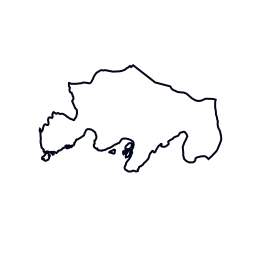 Chaves, Pará, Brazil, rotated 147°
{"feature_id": "56859067B61286453634561", "entity_name": "Chaves", "entity_type": "district", "adm_level": 2, "iso_a3": "BRA", "parent_name": "Brazil", "parent_adm1": "Pará", "projection": "albers", "projection_center": [-49.534, 0.015], "detail": "fine", "context": "isolated", "style": "outline", "palette": "ink", "viewbox_px": 256, "rotation_deg": 147, "n_neighbors": 0, "source": "geoboundaries", "source_scale": "gbopen_adm2", "svg_char_len": 5945}
<svg xmlns="http://www.w3.org/2000/svg" viewBox="0 0 256 256"><g transform="rotate(147 128 128)"><path d="M89.5,177.8L90.7,177.5L92.2,177.4L92.2,178.6L92.3,178.8L92.7,179.0L94.4,178.7L96.2,178.8L97.2,178.8L98.1,178.6L99.1,178.6L101.8,179.2L104.1,180.1L109.5,183.2L110.5,184.0L115.7,189.0L117.4,189.7L118.9,191.1L120.1,191.4L121.6,191.3L123.5,191.5L124.9,191.3L128.1,190.0L131.2,187.9L132.4,187.4L133.4,186.7L134.3,186.4L135.3,186.3L136.1,186.6L137.2,187.5L137.7,188.1L140.2,190.1L141.1,190.6L142.5,190.9L143.5,191.3L144.7,192.0L146.9,193.0L151.7,196.1L152.6,197.7L152.9,197.9L154.0,196.6L154.1,196.3L154.8,195.2L154.7,193.5L155.0,193.1L156.1,192.2L156.8,190.9L157.0,189.8L156.1,188.1L156.5,187.6L156.4,186.2L156.6,185.9L157.0,184.7L157.0,183.8L157.2,183.5L157.6,182.5L158.4,181.8L160.2,181.0L161.5,173.3L161.1,171.8L161.1,171.2L161.5,170.2L162.7,168.2L165.3,165.6L167.3,164.9L168.6,164.1L169.0,164.1L169.4,164.4L170.2,165.7L171.6,167.5L172.3,169.4L173.0,170.6L173.3,172.1L174.5,174.6L175.2,175.7L175.5,175.9L177.3,176.6L178.3,178.4L178.6,178.7L179.8,179.0L180.2,178.9L180.5,179.1L180.8,179.8L181.6,181.2L181.7,181.8L182.1,181.8L183.3,181.2L183.9,180.7L185.4,178.2L186.0,177.8L186.5,178.0L187.2,179.0L188.2,179.7L188.9,179.8L189.8,179.3L190.8,178.1L192.1,175.0L193.1,174.2L193.5,174.1L194.2,174.5L194.6,175.1L194.9,175.7L195.4,176.2L196.6,176.2L198.2,175.2L200.9,172.7L201.7,172.2L202.5,172.0L202.8,172.1L203.0,172.4L202.8,173.8L202.2,174.7L202.3,175.2L203.0,174.6L203.5,174.0L204.2,171.3L205.7,168.9L207.0,166.4L207.9,165.4L208.9,163.9L209.6,162.4L209.9,161.3L210.4,160.6L210.5,159.9L210.9,159.4L211.1,158.3L210.5,155.8L210.6,155.4L211.4,154.7L211.2,154.1L211.5,153.1L208.7,152.5L207.9,151.9L207.3,150.9L206.6,150.4L205.6,149.9L203.8,148.7L203.2,148.5L201.9,146.8L201.9,146.1L201.6,145.9L199.7,146.4L199.3,146.5L199.1,146.8L198.6,146.8L197.7,146.4L196.5,146.1L195.3,146.1L194.0,146.6L193.4,146.3L193.0,146.3L192.7,146.5L191.4,146.0L190.2,146.6L190.1,147.1L189.7,147.1L189.0,146.8L187.9,145.9L186.9,145.6L186.7,144.8L186.4,144.7L186.2,144.4L186.2,143.2L186.0,142.8L185.7,142.8L185.1,143.0L184.9,143.8L184.5,143.8L183.0,143.0L182.6,143.2L181.8,143.7L181.7,144.1L181.1,144.8L180.7,144.6L180.4,144.8L177.8,146.1L177.7,146.4L177.3,146.4L176.9,146.0L176.0,145.8L170.5,145.7L169.9,145.9L169.4,145.7L168.7,146.0L167.3,147.2L164.1,149.1L162.6,149.1L161.2,148.2L159.8,146.9L159.2,145.8L158.7,144.6L158.0,142.5L158.1,141.5L158.7,139.6L158.8,138.6L160.2,136.6L162.1,135.6L162.6,135.4L163.0,135.6L163.4,135.2L163.7,134.4L164.2,133.8L164.5,133.0L165.6,132.7L166.4,131.8L166.7,130.5L166.2,128.6L165.9,128.1L165.1,127.7L164.9,127.2L165.4,126.8L165.5,126.5L165.1,125.6L164.6,125.0L163.6,124.4L162.4,123.2L161.4,123.1L160.7,122.7L158.4,122.0L156.2,121.9L153.8,121.2L152.7,121.2L151.7,121.1L148.5,121.2L147.6,121.1L146.9,120.8L144.6,120.7L144.0,120.3L142.9,120.5L139.7,121.9L138.2,121.9L136.3,120.9L134.8,119.6L133.8,118.6L132.3,116.5L131.3,114.1L131.3,113.3L132.0,111.3L134.1,109.1L136.9,107.4L138.1,104.8L139.5,104.1L140.2,103.6L140.8,102.9L142.9,101.9L143.2,101.6L146.1,100.7L148.8,99.6L149.6,98.5L151.0,97.9L152.3,96.8L152.8,95.7L152.9,94.7L152.8,94.3L152.1,93.2L152.0,92.5L151.4,91.4L148.8,89.7L146.9,89.5L145.2,87.5L144.3,86.8L143.4,86.6L143.0,86.6L142.8,87.0L142.5,87.8L141.7,87.9L141.2,88.2L139.7,89.3L139.3,89.3L138.5,89.0L135.7,89.1L133.5,89.9L131.3,90.2L128.1,91.0L126.4,92.1L124.5,93.8L123.3,94.5L120.2,95.5L119.8,95.3L119.6,95.1L119.6,93.7L119.3,93.2L118.7,93.0L118.1,93.1L116.3,94.3L111.9,96.4L111.0,96.3L110.3,96.3L109.3,96.7L108.8,96.6L108.6,96.2L110.0,94.6L109.8,94.1L108.1,92.6L106.8,92.1L106.1,92.0L103.5,92.2L102.5,92.5L102.3,92.9L101.9,94.4L101.3,94.8L99.1,94.9L97.2,94.6L96.2,94.6L95.3,95.0L94.4,95.0L92.3,94.7L90.5,94.2L89.4,94.5L87.0,95.6L83.3,94.5L82.6,93.8L82.4,92.2L82.3,91.0L82.5,89.8L82.8,88.7L86.1,86.5L88.2,85.4L91.5,83.0L92.6,82.0L94.9,77.5L96.8,74.6L97.1,73.4L97.1,73.0L97.6,72.2L97.7,71.3L97.2,68.9L96.7,67.8L95.2,65.7L93.1,64.3L92.0,63.8L90.8,63.7L89.9,63.9L89.0,64.5L87.9,65.7L86.9,65.9L86.3,65.8L82.2,64.4L79.7,63.0L78.7,62.2L77.7,59.9L77.4,58.1L72.7,58.9L66.9,60.3L65.0,61.1L59.8,64.6L57.0,66.7L55.8,67.9L54.2,70.9L52.7,75.0L52.3,76.9L52.3,78.2L51.8,80.1L50.8,82.4L48.9,84.9L48.5,86.6L47.4,89.1L46.9,91.3L45.3,94.0L43.6,98.0L41.1,101.8L39.4,103.8L39.1,103.9L39.3,104.4L41.1,106.2L46.2,109.8L46.9,110.2L48.7,110.6L50.6,110.8L52.3,111.3L54.1,112.2L56.2,114.2L58.2,118.0L60.0,124.3L60.3,125.0L61.8,127.2L66.5,130.9L69.5,135.5L69.8,136.4L70.0,137.4L69.9,139.9L80.4,151.4L89.5,177.8ZM212.2,144.9L211.7,145.1L210.0,146.2L209.5,147.8L208.6,149.8L208.4,150.7L208.6,151.0L209.6,151.3L210.8,151.4L211.7,150.9L213.2,150.3L214.3,150.2L215.2,150.4L216.1,150.0L216.8,149.2L216.9,148.8L216.8,148.4L215.4,148.0L215.4,147.7L215.7,147.6L216.0,147.3L215.7,146.3L215.3,145.6L214.1,145.1L212.2,144.9ZM139.4,110.4L138.2,109.6L137.3,109.8L136.7,110.1L136.2,110.0L135.3,110.3L133.8,112.1L133.5,112.8L133.6,113.6L134.9,114.4L136.0,114.7L137.5,114.3L139.9,113.9L140.5,113.2L140.9,112.8L141.3,112.1L141.2,111.5L140.7,110.9L139.4,110.4ZM139.7,109.1L141.6,107.9L143.9,107.0L145.4,105.4L145.8,104.5L144.2,104.0L143.1,104.0L141.3,104.6L140.1,105.7L138.2,108.0L138.0,108.5L138.2,108.9L138.8,109.1L139.7,109.1ZM156.9,117.6L155.1,115.8L154.1,114.3L153.4,114.1L153.0,114.2L151.0,116.5L151.0,116.9L151.5,117.5L153.9,117.6L154.7,118.0L156.0,118.0L156.9,117.9L156.9,117.6ZM145.3,110.4L146.1,108.9L146.1,108.4L145.1,108.4L140.7,109.8L141.2,110.6L142.3,110.8L143.2,110.8L144.2,111.0L144.8,111.0L145.3,110.4ZM189.6,146.0L190.3,145.9L190.5,145.6L190.6,145.3L190.5,145.0L190.5,144.5L190.0,144.0L188.6,143.7L188.1,143.4L187.6,143.5L187.2,144.8L188.7,146.0L189.6,146.0ZM206.0,148.2L205.5,147.5L204.4,147.1L204.4,148.0L204.8,148.4L205.5,148.8L206.1,148.9L206.0,148.2ZM208.9,148.0L209.2,147.5L209.2,147.1L208.7,147.1L208.4,147.8L208.5,148.2L208.9,148.0ZM205.6,146.6L205.2,146.5L205.2,147.0L205.5,147.1L205.6,146.6Z" fill="none" stroke="#020617" stroke-width="2"/></g></svg>